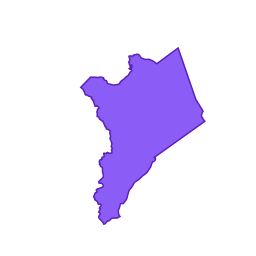 outline of San Jeronimo, Copán, Honduras, rotated 122°
{"feature_id": "27666195B76095936312839", "entity_name": "San Jeronimo", "entity_type": "district", "adm_level": 2, "iso_a3": "HND", "parent_name": "Honduras", "parent_adm1": "Copán", "projection": "orthographic", "projection_center": [-88.881, 14.954], "detail": "fine", "context": "isolated", "style": "filled", "palette": "violet", "viewbox_px": 256, "rotation_deg": 122, "n_neighbors": 0, "source": "geoboundaries", "source_scale": "gbopen_adm2", "svg_char_len": 5842}
<svg xmlns="http://www.w3.org/2000/svg" viewBox="0 0 256 256"><g transform="rotate(122 128 128)"><path d="M118.6,189.6L118.7,188.5L118.9,187.4L119.1,186.6L119.4,186.0L121.0,183.5L121.6,182.7L122.2,182.1L122.4,181.7L122.4,181.4L122.0,180.9L121.9,180.3L121.8,179.6L121.9,178.4L121.7,177.9L121.4,177.1L121.2,176.5L121.1,175.8L121.2,175.3L121.4,175.2L121.6,175.1L121.9,175.2L122.1,175.1L122.2,174.9L122.2,174.5L122.2,174.3L122.3,174.1L122.7,173.9L122.8,173.7L122.9,173.4L122.7,173.0L122.7,172.8L122.9,172.6L123.2,172.4L123.3,172.2L123.2,172.0L123.1,171.8L123.1,171.6L123.3,171.5L123.6,171.5L123.8,171.3L126.6,168.0L127.0,167.4L127.0,167.1L126.6,166.6L126.3,166.5L125.9,166.5L125.7,166.5L125.6,166.3L125.6,166.0L125.7,165.0L126.0,163.5L126.3,163.2L126.7,163.2L127.6,163.4L128.3,163.8L130.0,163.0L130.7,163.0L131.0,162.8L131.5,162.2L131.8,162.0L132.9,161.2L134.6,160.3L134.6,160.1L134.3,160.0L134.2,159.8L134.2,159.1L134.4,158.4L134.7,157.7L134.9,157.5L135.3,157.3L135.5,157.1L135.5,156.7L135.5,155.7L135.8,154.0L135.7,153.1L135.8,152.6L136.1,152.1L136.6,151.3L139.0,148.0L139.1,147.7L139.0,147.0L139.2,146.6L139.5,146.3L140.0,146.2L140.2,145.9L140.2,145.7L139.8,142.7L140.0,141.8L140.1,141.4L140.3,141.2L140.7,141.0L141.5,141.0L142.0,140.8L142.3,140.5L142.8,139.8L143.4,139.2L144.1,138.6L144.7,138.1L145.5,137.8L146.0,138.0L146.2,137.9L147.2,136.9L147.6,136.1L147.8,135.7L148.9,134.4L149.5,133.7L150.3,133.2L151.5,132.7L152.6,132.4L152.8,132.1L153.3,131.2L153.8,130.5L154.2,130.4L154.9,130.5L155.4,130.4L155.8,130.0L156.2,129.4L156.4,129.2L157.3,128.7L157.6,128.6L157.9,128.7L158.3,129.1L158.7,129.5L159.1,130.1L159.4,130.9L159.5,131.4L159.5,132.1L159.6,132.5L159.9,132.8L160.2,132.9L160.4,132.9L160.7,132.5L160.9,132.5L161.0,132.6L161.5,133.6L161.9,134.7L162.2,135.1L162.4,135.2L162.9,134.9L164.4,133.2L164.6,133.1L164.9,133.0L165.1,133.1L165.3,133.2L166.5,134.5L167.1,134.3L167.7,134.0L168.4,133.5L168.6,133.5L168.8,133.5L169.1,134.3L169.5,134.6L170.2,134.8L171.0,134.8L171.5,134.7L172.1,134.2L172.4,133.9L172.7,133.2L173.2,132.8L173.5,132.7L173.6,132.8L173.8,133.1L174.0,133.0L174.2,132.5L174.1,132.0L174.2,131.9L174.3,131.7L174.8,131.3L175.2,130.7L175.1,130.0L175.0,129.6L175.1,129.0L175.3,128.7L175.6,128.5L178.9,126.2L179.7,125.3L180.6,124.4L181.3,123.7L181.7,123.4L182.5,123.1L183.4,123.1L185.0,123.4L187.2,124.1L188.0,124.3L188.6,124.3L189.0,124.2L189.4,124.1L189.7,123.9L189.9,123.7L190.0,123.5L189.9,122.9L189.6,122.3L189.0,121.5L188.9,121.2L188.9,120.9L189.1,119.9L189.4,119.1L189.8,118.5L190.3,118.2L190.7,118.0L191.0,118.1L191.9,118.5L193.4,119.6L195.8,121.5L196.5,121.9L197.0,122.1L197.3,122.1L197.8,121.7L198.0,121.4L198.0,120.9L198.1,120.7L198.3,120.5L198.6,120.4L198.9,120.4L199.3,120.5L199.5,120.7L200.0,121.2L200.3,121.3L200.6,121.4L201.8,121.2L204.6,120.6L205.1,119.8L205.3,118.9L205.5,118.5L205.8,118.3L206.2,118.3L206.4,118.2L206.6,116.0L206.6,115.1L206.7,114.8L207.2,114.3L207.6,113.8L208.1,113.2L208.3,112.7L208.3,112.4L207.8,111.8L207.4,110.9L207.3,110.4L207.4,110.0L207.8,109.7L208.4,109.6L210.1,109.9L211.0,109.9L211.2,109.7L211.3,109.6L211.3,109.4L211.2,109.0L211.2,108.8L211.3,108.6L211.5,108.5L212.1,108.4L214.4,108.3L215.0,108.2L215.0,107.2L215.1,106.6L215.2,106.3L215.5,106.1L216.1,105.9L217.0,106.1L217.8,106.0L218.7,105.8L219.2,105.5L219.7,104.9L220.0,104.2L220.2,103.5L220.6,101.8L221.1,100.1L221.6,98.8L222.4,97.6L222.2,97.4L221.8,97.0L221.4,96.7L220.8,96.6L219.7,96.5L218.5,96.2L217.8,95.9L217.0,95.2L216.4,94.8L214.8,94.3L213.7,94.2L213.3,94.0L213.0,93.8L211.9,92.2L211.1,91.1L210.3,89.8L210.0,89.4L208.5,88.5L207.2,87.9L206.9,89.1L206.5,89.6L205.2,91.0L203.7,92.1L202.9,92.5L199.7,93.2L197.4,93.9L196.7,94.1L196.4,94.1L196.1,93.9L195.4,93.4L195.1,92.9L194.9,92.3L194.6,92.0L192.3,91.7L190.1,91.5L189.2,91.5L188.2,91.7L185.5,92.6L180.2,94.0L179.6,94.0L178.0,93.7L176.7,93.5L174.0,93.5L173.2,93.6L172.1,93.7L171.1,93.7L170.4,93.6L169.8,93.3L167.4,92.2L165.4,91.4L163.7,90.9L160.4,90.1L159.7,89.8L158.5,89.2L157.4,88.9L156.1,88.5L155.2,88.4L149.3,88.1L147.1,88.6L145.3,89.1L144.7,89.1L144.0,89.1L143.6,89.0L142.7,88.4L142.1,88.2L141.2,88.0L140.5,88.0L140.1,88.1L139.6,88.3L139.2,88.6L138.9,88.9L139.1,90.2L81.6,66.4L81.2,67.5L80.6,69.4L80.4,69.6L80.1,69.8L79.9,69.9L79.6,71.4L79.5,71.5L78.1,72.4L76.9,72.9L75.1,73.2L74.0,73.2L67.7,85.8L33.6,127.9L58.2,137.6L58.1,139.7L58.0,142.6L58.4,145.8L58.5,146.3L58.7,146.8L60.2,148.9L60.8,150.0L60.9,150.5L61.5,153.2L61.5,154.1L61.3,154.8L61.2,155.2L60.6,156.0L60.3,156.8L60.1,157.8L60.2,158.5L60.5,159.1L60.9,159.7L61.0,159.9L61.5,160.1L61.9,160.5L62.1,160.8L62.4,161.3L62.7,161.6L63.3,162.0L64.2,162.0L64.8,162.5L65.8,164.5L66.1,164.9L66.3,165.1L66.5,165.1L67.2,164.9L68.5,163.1L68.8,162.8L69.5,162.7L70.2,162.3L70.5,162.2L71.2,162.1L71.4,162.2L71.6,162.4L71.8,162.4L72.2,161.5L72.7,161.2L73.0,160.9L73.7,160.0L74.1,159.3L74.1,159.0L74.0,158.8L73.9,158.8L73.6,159.0L73.4,159.0L73.0,158.8L72.8,158.5L72.8,158.1L72.8,157.8L73.0,157.5L73.3,157.3L73.7,157.1L74.1,157.0L74.4,157.1L74.7,157.3L74.8,157.5L74.8,157.9L74.6,158.2L74.6,158.3L74.7,158.5L74.9,158.6L75.2,158.4L75.5,157.9L75.5,157.6L75.4,157.2L75.6,156.9L75.9,156.9L76.1,157.1L76.3,157.3L76.8,158.4L76.9,158.5L77.0,158.2L77.1,157.9L76.9,156.8L77.0,155.8L77.1,155.3L77.4,155.1L77.6,155.1L79.6,155.8L82.2,155.7L82.9,155.7L83.7,155.8L84.1,156.0L85.1,156.5L89.4,157.6L91.0,158.4L92.3,158.8L93.0,158.9L93.7,158.8L94.7,158.6L94.9,158.5L95.1,158.6L95.5,159.1L96.5,159.8L97.4,160.8L98.1,161.5L98.8,162.5L99.4,163.1L99.5,163.4L100.0,165.6L100.4,166.6L100.9,167.7L101.0,168.0L101.0,168.7L100.9,169.3L100.6,169.9L100.4,170.1L99.8,170.6L99.5,170.9L99.3,171.3L99.3,171.6L99.6,172.1L99.7,172.6L99.7,174.4L99.1,174.5L98.6,174.9L98.4,175.2L98.4,175.7L98.9,177.1L99.6,178.7L99.9,179.0L100.5,179.5L101.0,180.1L102.8,183.7L103.6,184.6L104.0,185.6L104.7,186.7L118.6,189.6Z" fill="#8b5cf6" stroke="#5b21b6" stroke-width="1.5"/></g></svg>